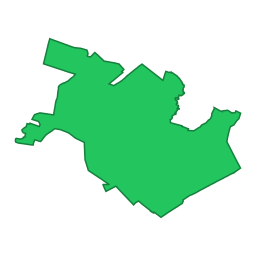 Radovan, Dolj, Romania (Natural Earth projection)
{"feature_id": "2599482B75372531804505", "entity_name": "Radovan", "entity_type": "district", "adm_level": 2, "iso_a3": "ROU", "parent_name": "Romania", "parent_adm1": "Dolj", "projection": "natural_earth1", "projection_center": [23.572, 44.174], "detail": "fine", "context": "isolated", "style": "filled", "palette": "green", "viewbox_px": 256, "rotation_deg": 0, "n_neighbors": 0, "source": "geoboundaries", "source_scale": "gbopen_adm2", "svg_char_len": 5519}
<svg xmlns="http://www.w3.org/2000/svg" viewBox="0 0 256 256"><path d="M105.9,191.4L115.9,186.2L119.9,190.5L133.6,204.9L135.4,202.9L138.6,201.0L142.0,204.0L151.0,211.1L150.7,211.3L153.3,212.9L153.6,212.3L154.5,212.8L154.6,212.5L161.0,217.3L167.9,212.6L182.4,203.3L182.5,202.7L182.7,202.1L183.0,201.6L183.2,201.4L183.0,199.9L189.5,195.6L190.2,195.3L192.3,194.5L193.9,193.7L196.3,192.5L201.5,189.5L202.7,189.0L206.3,187.0L209.5,185.4L210.2,184.8L212.5,183.8L214.0,183.0L214.8,182.6L216.3,181.7L218.6,180.5L221.6,179.0L222.4,178.7L224.7,177.3L226.1,176.7L228.7,175.3L230.2,174.4L232.1,173.6L232.7,173.2L234.1,172.9L234.2,172.5L240.5,168.1L236.7,161.0L226.9,141.8L227.4,138.3L228.7,132.6L230.2,127.1L230.6,126.6L233.9,124.9L236.9,120.6L238.9,118.7L240.6,113.2L235.9,110.9L235.5,111.8L235.0,112.6L234.9,112.8L234.3,112.9L232.3,112.8L231.9,113.1L230.6,112.1L229.6,111.5L229.0,111.0L228.1,110.5L227.6,110.3L226.3,110.4L226.0,110.4L225.5,110.6L223.2,110.7L222.4,111.1L222.3,111.5L222.1,111.3L220.4,111.0L214.1,107.5L214.1,108.1L214.4,108.6L212.6,111.9L211.9,113.4L211.8,114.0L211.8,114.8L211.6,116.0L210.7,118.2L210.4,118.7L210.0,119.2L209.4,119.6L208.3,120.2L208.0,120.8L207.4,121.3L206.0,123.0L205.3,123.2L204.5,123.7L203.6,124.0L201.6,125.1L201.1,125.6L200.7,126.5L200.2,126.9L198.0,128.1L197.2,128.7L196.3,129.2L194.7,130.3L193.6,130.8L187.9,130.4L188.0,129.8L188.4,128.7L187.2,128.4L183.7,127.0L182.1,126.5L181.9,126.4L182.0,125.8L172.1,123.2L170.4,122.6L170.4,122.2L170.4,121.0L170.4,120.5L170.2,119.9L170.2,119.6L170.3,119.5L170.4,119.4L171.4,119.2L172.0,118.4L172.4,117.5L172.4,117.4L172.0,116.7L172.0,116.3L172.5,115.8L173.0,115.4L174.4,114.5L174.7,114.4L175.6,114.4L175.8,114.3L175.9,114.2L175.9,113.9L174.9,113.6L174.8,113.4L174.8,113.2L175.0,113.0L176.0,112.8L176.1,112.7L176.1,111.7L176.7,111.2L177.3,110.3L177.4,110.1L177.2,109.4L177.3,109.1L177.6,108.9L177.9,108.9L178.1,108.9L178.3,109.1L179.2,109.1L179.3,109.0L179.3,108.8L179.2,108.6L178.8,108.3L177.4,108.3L177.3,108.2L177.7,107.7L177.9,107.2L178.4,106.8L178.5,106.7L178.5,105.6L178.4,105.4L178.1,105.2L176.8,105.0L176.5,104.8L176.5,104.7L176.4,104.5L176.5,103.8L176.7,103.6L177.4,103.2L177.6,103.1L177.6,102.8L177.1,102.5L177.1,102.1L177.3,101.6L177.1,101.4L176.9,100.7L176.7,100.4L176.5,100.2L176.0,100.3L175.8,100.3L175.7,100.2L175.7,99.8L175.5,99.3L175.1,99.1L175.1,98.8L175.3,98.1L175.6,97.8L175.8,97.7L176.4,97.7L176.7,97.9L177.3,98.9L177.6,99.2L178.3,99.4L178.5,99.3L178.8,98.9L178.8,98.5L178.7,98.4L178.1,97.9L178.0,97.7L178.1,97.3L178.6,97.0L178.9,96.6L178.7,96.2L178.7,95.9L178.9,95.3L179.2,95.2L179.7,95.1L180.2,95.3L180.9,95.8L181.2,95.8L181.9,95.3L182.9,94.8L183.1,94.5L183.1,94.2L183.6,93.7L184.3,93.6L184.4,93.4L184.5,93.2L184.4,92.8L184.3,92.7L184.1,92.7L183.6,93.0L183.3,92.9L183.3,92.7L183.4,91.8L183.6,91.3L183.4,91.0L182.7,90.5L182.6,90.3L182.7,90.1L183.2,89.5L183.0,88.7L183.1,88.4L183.8,87.5L184.1,87.0L184.1,86.7L183.9,86.2L184.2,85.5L184.2,85.2L183.9,85.0L183.2,85.0L182.9,84.5L182.7,84.3L182.9,84.1L182.9,83.9L182.7,83.7L182.3,83.4L182.3,82.8L182.2,82.5L181.7,81.8L181.4,81.5L181.1,80.9L179.6,78.8L179.2,78.2L178.9,78.1L177.5,76.5L177.3,76.2L175.1,74.6L174.5,74.3L173.0,73.2L172.2,72.8L171.2,72.0L170.9,72.1L170.7,72.2L170.7,72.6L170.4,72.4L170.1,72.3L169.2,72.2L168.6,72.5L167.3,71.8L165.8,71.4L162.9,80.4L142.0,64.1L140.9,65.0L140.7,65.0L139.6,65.8L138.4,66.8L137.7,67.3L136.8,68.2L135.4,69.1L133.1,71.0L132.1,71.9L130.6,73.0L129.9,73.7L129.0,74.4L127.8,75.2L125.0,77.9L124.1,78.7L123.4,79.3L122.1,80.4L118.9,82.6L117.2,83.5L116.2,84.1L113.8,85.6L109.1,83.9L111.9,81.5L113.6,80.2L115.7,78.4L119.9,74.9L122.8,72.6L122.9,72.4L121.8,71.6L123.7,69.7L123.9,69.4L119.0,64.0L118.6,63.9L114.4,62.9L104.1,61.1L97.4,54.7L94.8,52.5L91.7,55.7L90.6,57.0L87.6,56.3L87.3,56.1L87.3,55.8L87.4,55.4L87.9,54.2L88.0,53.5L87.4,51.3L86.9,50.1L80.7,48.3L74.7,47.7L73.0,47.2L69.2,45.9L66.8,44.9L65.9,44.7L62.6,43.4L61.3,43.0L59.3,42.2L50.9,39.2L49.8,38.7L49.1,41.1L48.1,44.7L47.1,49.2L46.2,52.8L44.9,58.1L43.5,63.8L64.1,70.6L64.6,70.7L65.0,71.0L66.5,71.4L67.8,71.9L69.9,72.5L75.3,74.2L74.6,75.0L74.2,75.6L73.2,76.7L72.8,77.1L72.0,77.5L71.0,78.3L70.0,79.2L69.7,79.6L68.9,80.2L68.3,80.9L67.1,81.4L65.2,82.5L64.2,83.0L64.2,82.9L63.0,83.2L60.5,84.6L59.7,85.2L59.1,86.0L58.7,86.3L58.4,87.2L58.4,87.6L58.5,88.3L58.3,89.8L58.0,91.1L57.9,91.9L57.4,96.7L57.4,97.4L56.2,100.3L55.6,102.6L55.3,104.7L55.1,106.4L54.6,108.6L54.3,110.6L54.0,112.3L53.6,114.8L52.4,114.7L40.1,112.9L39.6,113.0L36.7,113.9L34.7,114.6L34.4,115.0L33.9,115.7L32.0,119.4L38.1,121.3L38.6,121.6L38.9,121.9L40.1,124.8L39.2,126.5L29.9,123.2L29.6,124.0L29.4,124.1L27.1,123.6L27.0,124.3L26.7,124.9L26.4,125.9L26.2,126.5L25.8,126.9L23.9,128.1L22.2,129.6L21.9,129.9L22.0,130.6L22.6,131.8L22.8,132.1L23.0,132.3L23.3,132.8L25.6,133.4L25.1,135.4L24.9,137.1L23.9,137.0L23.5,137.2L23.2,137.4L23.1,138.3L22.3,138.5L21.6,138.8L21.1,138.9L20.6,139.0L19.8,139.0L16.5,138.4L16.0,138.5L15.8,138.6L15.7,138.9L15.4,140.1L15.4,140.7L15.5,141.4L15.8,142.1L16.1,142.3L19.1,143.2L21.7,143.5L32.2,145.0L33.2,145.0L33.5,143.0L34.8,139.8L35.0,139.8L38.8,141.1L40.6,141.5L42.0,140.0L43.2,138.3L45.8,135.1L47.0,134.1L49.3,132.6L52.3,130.6L54.7,128.7L59.0,129.4L60.2,129.6L65.2,131.5L68.4,132.8L69.5,133.5L72.0,135.4L74.6,137.5L75.3,138.0L76.4,138.6L81.4,141.0L84.3,142.4L84.4,145.5L84.5,147.5L84.7,152.1L85.1,160.1L85.6,161.4L86.8,165.3L87.9,168.8L88.2,170.1L88.4,170.4L89.4,171.2L102.4,179.8L104.1,181.1L108.8,184.2L108.8,184.5L103.1,184.5L103.0,184.8L105.9,191.4Z" fill="#22c55e" stroke="#15803d" stroke-width="1.5"/></svg>